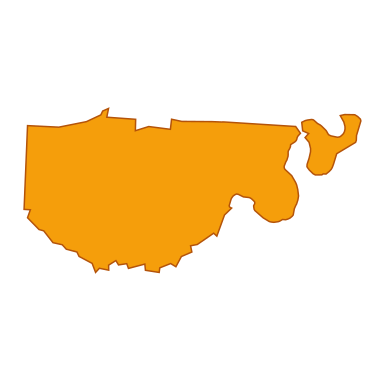 the district of Tipton, Tennessee, United States of America, rotated 181°
{"feature_id": "52423323B95439935659374", "entity_name": "Tipton", "entity_type": "district", "adm_level": 2, "iso_a3": "USA", "parent_name": "United States of America", "parent_adm1": "Tennessee", "projection": "natural_earth1", "projection_center": [-89.94, 35.512], "detail": "fine", "context": "isolated", "style": "filled", "palette": "amber", "viewbox_px": 384, "rotation_deg": 181, "n_neighbors": 0, "source": "geoboundaries", "source_scale": "gbopen_adm2", "svg_char_len": 2066}
<svg xmlns="http://www.w3.org/2000/svg" viewBox="0 0 384 384"><g transform="rotate(181 192 192)"><path d="M357.6,255.5L359.6,171.7L353.3,171.4L356.0,163.4L344.3,151.8L339.6,150.6L330.1,138.9L320.8,137.0L316.7,132.6L306.0,130.0L303.8,125.6L290.6,118.9L287.0,109.9L283.3,114.1L273.9,112.4L274.1,117.4L266.9,122.1L264.2,117.8L256.0,119.2L254.2,114.5L237.9,119.1L237.2,112.9L223.4,111.0L222.9,115.6L212.1,120.1L206.8,117.0L201.5,127.3L191.1,132.0L192.5,138.2L185.8,139.6L169.6,151.2L166.4,148.3L159.1,169.6L152.1,176.6L153.8,177.4L154.3,178.0L154.6,178.9L152.8,185.5L152.1,186.9L150.8,188.7L149.1,190.0L147.3,190.8L145.5,190.4L140.5,188.0L135.1,187.5L133.7,187.1L132.2,186.1L129.8,183.9L129.1,183.0L129.1,181.3L130.1,179.5L130.1,178.7L129.6,175.9L128.8,174.5L120.4,167.4L114.2,163.8L112.5,163.4L109.7,163.1L105.3,163.8L103.9,164.3L101.0,166.1L97.9,165.9L95.7,166.6L93.6,167.6L91.4,169.5L90.4,170.8L89.4,177.0L88.0,180.4L87.3,181.6L86.0,185.9L85.4,189.9L86.3,196.3L87.5,200.9L88.6,203.4L92.6,210.1L99.5,216.3L100.2,217.7L100.3,219.4L98.7,223.8L97.7,225.6L96.6,229.4L96.5,231.1L96.6,233.9L96.2,235.2L95.3,236.7L94.4,238.9L94.2,241.1L90.0,243.9L89.0,244.9L88.3,246.1L87.8,248.3L87.1,249.7L84.6,252.6L89.5,259.3L161.5,262.6L164.0,262.5L172.7,262.7L203.5,262.4L213.7,264.4L214.7,254.3L236.4,256.7L249.7,252.3L249.6,263.7L278.5,265.3L276.9,274.1L282.7,271.4L284.5,267.5L298.8,260.5L326.3,254.5L357.6,255.5ZM82.4,255.1L76.4,252.5L79.9,248.4L75.8,243.7L74.2,237.5L74.2,234.2L75.5,227.9L77.4,221.7L77.5,219.4L77.1,218.6L75.1,216.0L71.3,212.4L69.0,211.2L62.5,211.4L61.1,212.4L58.3,212.3L55.1,215.0L53.2,217.1L52.2,218.9L51.0,222.3L48.0,232.8L42.9,236.0L29.3,244.5L28.6,246.6L28.5,251.4L24.4,266.0L24.9,267.8L27.7,270.4L30.6,272.1L40.7,272.1L45.1,271.0L41.4,264.6L40.2,260.2L40.1,257.6L40.6,255.1L41.4,253.4L42.2,252.3L44.0,250.6L45.3,249.7L47.5,249.3L53.9,250.5L56.0,251.4L56.9,252.3L58.7,255.4L59.6,256.4L63.5,260.1L64.9,261.2L67.7,262.7L71.4,265.9L72.3,266.4L73.7,266.6L77.6,266.0L80.0,265.4L83.5,263.6L82.4,255.1Z" fill="#f59e0b" stroke="#b45309" stroke-width="1.5"/></g></svg>